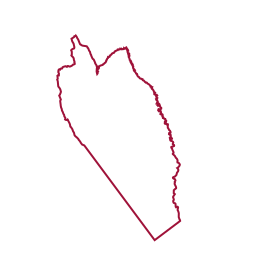 Santa Bárbara, Jujuy, Argentina (Equal Earth projection), rotated 143°
{"feature_id": "61730980B61196907081286", "entity_name": "Santa Bárbara", "entity_type": "district", "adm_level": 2, "iso_a3": "ARG", "parent_name": "Argentina", "parent_adm1": "Jujuy", "projection": "equal_earth", "projection_center": [-64.663, -24.013], "detail": "fine", "context": "isolated", "style": "outline", "palette": "rose", "viewbox_px": 256, "rotation_deg": 143, "n_neighbors": 0, "source": "geoboundaries", "source_scale": "gbopen_adm2", "svg_char_len": 5779}
<svg xmlns="http://www.w3.org/2000/svg" viewBox="0 0 256 256"><g transform="rotate(143 128 128)"><path d="M114.1,233.1L114.5,232.9L115.5,233.6L116.4,233.1L119.4,233.3L120.4,230.7L120.7,228.1L122.2,224.8L123.1,224.0L125.0,224.5L126.6,224.3L127.0,222.7L128.8,220.3L129.5,220.1L129.6,219.4L129.3,217.7L129.4,216.4L130.3,214.8L130.6,213.7L130.9,213.0L131.3,212.8L131.5,211.9L132.0,211.2L132.9,211.3L133.6,211.7L134.7,211.5L136.9,211.8L137.9,212.4L138.4,213.4L139.1,213.9L140.0,213.6L140.8,215.0L143.0,215.8L143.9,215.8L144.5,215.3L144.9,215.2L146.0,215.9L147.1,215.5L147.4,216.2L148.1,216.3L148.9,215.9L149.4,215.0L149.8,214.9L150.0,214.7L150.4,213.0L151.5,211.7L152.0,212.2L152.4,211.9L153.0,212.1L154.5,209.6L155.4,209.3L155.9,207.7L158.6,203.3L158.7,202.8L158.6,201.6L158.8,199.7L159.7,197.4L160.5,196.7L161.8,196.0L162.1,195.7L163.4,195.3L164.5,191.2L165.9,190.4L167.9,186.9L168.3,186.3L169.1,184.6L169.5,183.0L170.3,181.6L170.3,180.7L171.1,178.0L171.1,177.0L171.9,175.5L171.9,174.0L172.6,173.0L173.1,172.7L172.9,172.1L172.4,171.5L171.9,171.2L171.1,171.2L171.1,170.7L171.3,170.3L171.9,166.8L172.3,165.6L173.2,163.8L173.0,162.8L173.2,160.4L173.8,158.7L174.0,156.7L175.0,154.5L175.0,153.2L174.5,151.0L174.3,149.1L174.5,148.0L174.4,147.4L174.4,145.6L174.6,144.8L174.6,142.4L173.4,140.4L174.2,22.4L142.3,22.4L141.9,23.1L141.9,23.8L141.1,26.3L138.7,29.4L138.0,31.2L137.8,32.3L137.7,32.7L135.9,34.3L135.7,34.9L135.8,35.3L136.3,35.6L137.3,35.7L137.3,36.4L135.7,38.8L135.7,39.5L136.5,40.6L136.5,41.2L135.9,42.5L134.6,43.1L134.3,43.6L133.6,45.7L133.0,46.1L130.4,47.0L130.7,48.4L128.9,50.7L127.5,50.9L125.9,50.9L125.5,51.3L125.1,52.2L124.5,55.1L124.1,55.7L123.4,56.1L123.3,56.7L123.0,57.0L121.8,57.4L121.5,58.0L121.4,59.2L121.9,59.8L122.2,60.8L121.9,61.4L121.4,61.5L119.9,61.0L117.7,61.3L115.8,62.8L114.1,63.3L113.2,64.0L112.7,64.9L112.8,66.4L112.2,66.3L110.0,66.7L108.9,67.3L108.5,67.8L108.5,69.6L109.2,70.7L108.9,71.3L108.1,72.0L107.6,73.2L107.5,74.2L107.7,75.4L107.4,77.7L107.9,80.2L107.6,80.6L106.6,80.7L106.2,81.3L105.6,84.1L105.2,85.0L105.3,85.9L105.0,86.7L104.1,86.6L103.7,86.3L102.1,85.9L101.7,86.2L101.5,86.8L101.9,87.2L102.0,88.1L101.7,88.5L100.7,89.0L100.4,89.8L100.7,91.0L101.6,92.2L101.6,92.8L100.8,94.4L100.5,94.3L100.3,93.6L99.8,93.1L99.5,92.9L99.2,93.1L99.2,93.7L100.1,95.1L99.7,95.2L99.6,94.6L99.2,94.4L99.1,95.6L98.1,96.6L98.2,97.4L98.8,97.6L99.0,98.4L98.2,99.2L96.8,98.7L96.4,99.2L96.1,100.6L96.4,101.7L96.0,103.3L96.1,104.1L95.6,105.0L93.9,106.9L94.0,107.1L94.7,107.1L94.9,107.3L95.0,107.7L94.7,108.1L94.7,108.6L95.1,109.0L95.7,108.9L95.9,109.1L95.9,109.5L95.7,109.9L95.4,110.1L95.0,109.7L94.8,109.7L94.7,110.9L94.5,111.0L94.1,110.4L93.6,110.3L93.1,110.8L93.2,111.8L92.8,112.8L93.5,113.4L93.5,114.5L94.1,115.0L93.9,115.4L93.7,115.3L93.6,114.9L93.4,114.9L93.3,115.4L93.5,116.8L93.0,117.4L92.5,117.4L92.3,118.0L92.6,118.9L92.9,119.2L93.5,119.1L93.7,119.7L92.6,119.9L91.7,121.7L91.8,122.0L92.6,122.0L93.2,122.5L93.3,123.8L93.0,123.9L92.7,124.5L92.3,124.7L91.9,124.6L91.4,123.7L90.9,123.4L89.9,123.4L89.4,123.9L89.3,124.1L89.5,124.9L89.6,125.8L89.2,126.3L88.6,128.0L88.6,128.4L89.2,128.6L90.1,127.6L90.7,127.6L90.8,128.8L89.7,128.8L88.9,129.6L88.9,130.5L89.6,130.7L88.2,131.4L88.3,132.0L88.2,132.5L88.5,133.0L88.2,134.3L87.9,134.3L87.6,133.8L87.2,133.8L87.1,134.0L86.5,134.3L86.8,135.3L86.5,136.3L86.1,136.7L85.8,136.7L85.5,136.2L85.1,136.3L85.1,137.3L85.6,137.7L85.8,138.2L86.1,138.1L86.2,138.7L86.6,138.8L86.7,139.1L86.1,140.0L85.8,139.8L85.1,140.0L85.5,141.5L85.1,142.2L85.0,143.2L85.2,144.1L85.0,144.6L85.3,144.8L85.3,145.4L84.1,146.1L84.4,146.4L84.4,147.0L84.9,147.0L85.2,147.3L85.1,147.8L84.7,148.2L84.8,149.0L85.1,150.6L85.7,151.7L85.6,152.4L85.7,153.0L85.9,153.3L86.4,153.4L86.5,154.1L86.7,154.3L86.8,156.4L87.4,157.2L87.0,158.3L87.6,158.7L87.8,159.5L88.2,159.8L88.7,160.7L88.5,161.8L89.0,162.9L89.0,164.2L88.9,164.6L88.6,164.8L88.3,165.8L88.7,166.1L88.8,166.6L88.5,167.6L88.7,170.0L87.7,170.0L87.7,170.5L88.1,170.6L88.3,171.0L88.1,171.6L87.8,171.8L87.9,172.6L87.3,173.8L87.1,173.6L86.7,174.0L86.6,174.6L86.8,175.4L86.7,176.1L86.4,175.6L86.1,175.7L86.1,176.1L86.4,176.3L86.2,176.8L85.9,177.0L86.2,177.6L86.2,178.6L85.7,178.7L85.6,178.9L85.8,179.2L86.1,179.0L86.2,179.5L85.9,180.0L85.3,180.3L85.7,181.3L85.0,182.6L84.7,184.4L84.2,185.0L83.6,184.6L83.4,184.7L83.4,185.2L83.7,186.1L83.2,187.3L82.9,187.1L82.9,186.6L82.8,186.2L82.4,186.3L82.3,187.0L82.7,187.5L82.7,188.8L82.1,189.9L81.7,190.0L81.7,189.6L81.4,189.5L81.2,189.8L81.1,190.3L81.4,190.6L81.4,190.9L81.1,191.0L81.0,191.4L81.1,192.1L81.0,192.6L81.6,192.3L81.5,193.1L82.0,192.9L82.1,193.1L81.9,193.2L82.0,193.4L82.2,193.5L82.3,193.2L82.7,193.4L83.0,194.1L83.2,193.8L83.0,193.7L83.1,193.4L84.0,193.6L84.2,194.0L85.1,194.4L85.3,194.8L85.6,194.6L85.9,194.9L85.9,195.4L86.3,195.3L86.6,195.9L86.8,195.7L87.9,196.0L88.1,196.4L88.9,196.9L89.3,196.5L89.5,196.7L90.7,196.7L91.6,197.1L92.1,196.9L92.6,197.1L94.1,196.5L95.4,197.1L96.0,196.9L96.4,197.0L97.0,196.7L97.6,196.7L98.5,196.5L99.0,196.8L99.9,196.0L100.9,196.3L101.2,196.7L102.0,195.9L102.6,196.0L103.1,195.8L103.8,195.2L104.5,195.2L105.3,194.6L105.5,194.2L106.2,194.1L106.8,193.8L107.5,194.0L108.5,193.7L109.7,193.9L110.2,193.6L112.6,194.5L113.5,194.5L114.2,194.8L114.5,194.8L114.7,194.0L115.0,193.5L115.3,193.3L115.7,193.4L115.8,193.1L116.4,193.1L117.7,192.6L117.8,192.0L118.0,191.9L118.0,191.0L118.7,190.9L119.4,189.9L120.1,189.7L119.7,190.7L119.0,192.1L117.0,194.4L116.1,195.2L115.9,196.1L115.5,196.6L115.3,199.4L115.0,199.8L114.3,202.7L114.2,203.4L114.5,204.3L114.5,205.0L113.8,208.0L113.5,208.5L113.4,209.7L112.5,211.8L112.5,213.3L111.9,215.2L111.8,215.8L112.0,216.3L111.8,216.9L111.8,218.1L114.7,221.1L115.4,222.3L115.4,222.9L115.8,223.5L115.8,224.0L114.5,228.8L114.5,230.0L114.1,231.8L114.1,233.1Z" fill="none" stroke="#9f1239" stroke-width="2"/></g></svg>